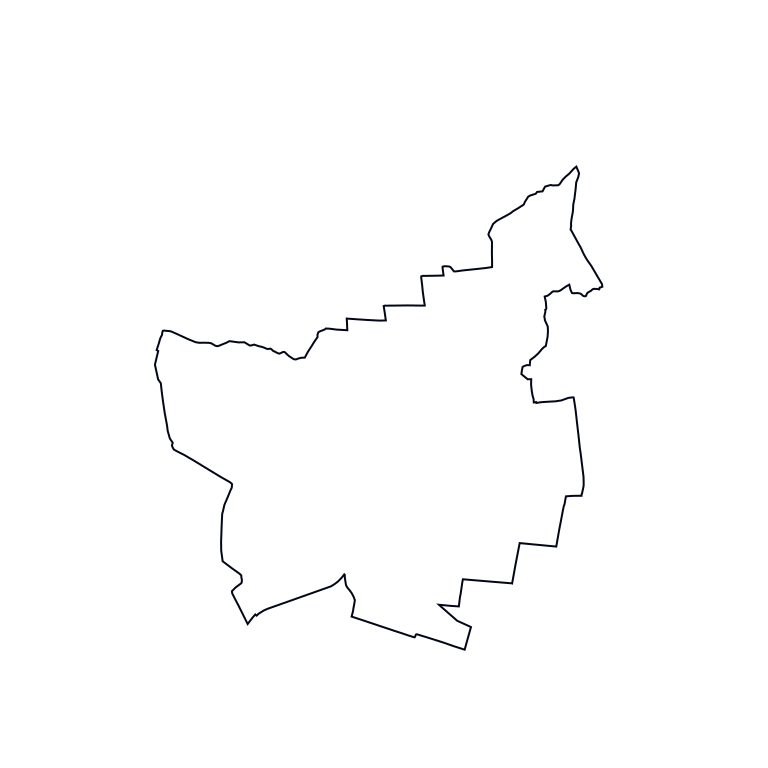 outline of Toboliu, Bihor, Romania, rotated 22°
{"feature_id": "2599482B89514629936161", "entity_name": "Toboliu", "entity_type": "district", "adm_level": 2, "iso_a3": "ROU", "parent_name": "Romania", "parent_adm1": "Bihor", "projection": "natural_earth1", "projection_center": [21.714, 47.047], "detail": "fine", "context": "isolated", "style": "outline", "palette": "ink", "viewbox_px": 768, "rotation_deg": 22, "n_neighbors": 0, "source": "geoboundaries", "source_scale": "gbopen_adm2", "svg_char_len": 5745}
<svg xmlns="http://www.w3.org/2000/svg" viewBox="0 0 768 768"><g transform="rotate(22 384 384)"><path d="M555.7,576.8L552.0,576.6L540.6,576.1L520.4,569.1L517.7,568.1L521.3,567.0L528.4,564.9L536.7,562.2L534.3,553.2L533.5,549.1L531.0,539.0L530.4,535.9L530.3,535.5L557.1,527.2L577.3,520.9L577.5,520.9L573.5,501.7L569.4,480.7L604.6,470.2L602.4,459.8L602.0,458.0L601.6,456.2L601.3,454.7L600.8,452.3L599.8,447.1L598.0,438.0L597.9,437.5L597.2,434.2L596.4,429.5L596.5,428.9L596.4,427.7L595.3,422.6L594.8,420.0L600.5,417.2L604.7,415.4L608.6,413.8L609.0,413.6L608.7,413.1L608.5,412.3L608.7,411.4L608.5,410.8L607.9,407.1L607.2,403.5L605.6,399.5L603.7,395.2L601.6,391.4L592.1,374.3L589.5,369.9L583.9,359.4L579.7,351.7L578.0,348.6L573.9,341.0L571.5,336.6L570.6,335.0L570.0,334.0L569.8,333.6L569.3,332.8L565.1,325.8L564.8,325.4L564.6,325.4L561.5,327.0L559.9,328.0L554.6,332.8L551.0,334.9L549.9,335.6L548.5,336.3L548.0,336.5L542.5,339.1L536.9,341.8L532.3,344.5L531.8,343.8L531.4,344.0L531.0,344.2L531.0,344.3L529.8,345.0L528.2,341.7L526.2,339.3L526.1,339.1L523.5,334.9L520.7,329.7L518.7,324.4L515.6,325.7L515.5,325.8L507.7,323.4L506.6,319.1L506.6,318.8L506.3,317.2L506.1,316.2L507.7,314.4L508.8,313.5L509.2,313.1L511.5,312.1L512.1,312.0L511.8,310.9L510.6,307.1L513.5,302.2L515.6,297.8L517.5,292.0L518.8,289.4L519.8,288.2L518.0,279.0L516.2,273.5L514.3,269.4L509.2,264.5L508.7,263.4L507.3,261.4L507.2,260.3L506.7,257.8L506.7,257.3L506.7,257.0L506.5,256.4L505.7,254.8L506.2,254.3L506.1,252.9L503.3,247.3L500.2,242.7L501.0,242.1L501.8,241.5L502.4,241.0L502.9,240.4L503.1,240.2L503.2,239.9L504.1,238.3L504.9,236.9L505.5,235.5L506.2,234.7L507.1,234.3L510.3,233.1L511.7,232.1L512.8,230.8L514.2,228.5L516.6,224.9L518.6,222.5L521.7,226.9L524.2,229.2L525.7,228.9L527.6,228.0L529.3,227.2L532.0,226.6L533.3,226.8L535.1,227.5L535.6,227.7L536.9,227.6L538.1,227.0L538.3,226.6L538.3,225.7L538.2,224.7L538.4,223.8L538.8,222.8L540.0,221.2L540.7,220.5L541.1,219.8L541.6,218.7L542.3,217.6L543.1,217.1L544.3,216.6L545.9,216.1L548.0,215.7L548.1,215.1L547.8,213.9L548.9,213.0L550.0,212.1L548.8,209.8L531.9,196.8L527.4,193.9L526.0,193.0L523.6,191.2L521.3,189.4L519.1,187.4L517.8,186.2L515.5,184.0L513.4,182.3L511.6,180.9L499.4,170.9L499.2,170.9L498.3,167.6L498.1,166.7L497.7,166.1L497.5,165.8L497.3,165.1L496.5,162.5L496.2,161.2L496.1,160.8L495.9,160.1L495.1,156.1L495.0,155.5L494.8,154.5L494.7,154.4L494.6,154.0L494.5,153.4L493.8,151.1L492.2,146.5L491.9,144.6L491.8,144.4L491.3,141.4L490.1,136.9L488.6,131.3L487.4,127.4L486.7,125.1L486.6,119.2L486.1,116.5L485.9,115.5L480.9,110.4L479.2,113.5L478.1,116.5L477.0,119.5L474.7,123.8L473.1,127.8L472.1,132.5L471.2,134.4L466.0,136.7L464.1,137.0L461.7,138.8L459.4,140.7L458.8,146.0L456.2,147.4L454.0,148.6L453.4,150.8L452.0,151.9L450.6,153.1L449.1,154.3L447.5,156.3L447.1,158.7L446.4,162.5L446.4,165.2L442.5,170.8L439.1,175.2L437.3,178.3L434.4,182.0L429.3,188.1L427.2,190.8L425.2,194.7L424.9,200.6L424.7,202.9L424.7,205.9L425.5,207.1L429.4,210.1L430.8,211.6L432.8,216.6L435.2,222.7L437.9,228.9L440.4,235.1L434.6,238.5L424.5,243.9L414.5,249.2L408.6,252.6L406.7,253.4L402.3,250.9L400.7,250.6L399.6,250.9L396.5,251.9L394.7,252.9L394.4,253.6L395.6,255.8L398.6,261.1L390.3,264.7L379.1,269.4L378.2,270.3L378.7,271.5L382.2,277.8L385.5,284.1L389.0,290.2L392.4,296.0L390.6,296.8L376.7,302.2L368.1,305.8L355.1,311.2L354.5,311.8L358.2,318.0L361.9,324.4L356.1,326.9L344.8,330.8L333.9,334.4L324.9,337.3L326.9,341.4L329.8,347.9L319.7,351.3L312.5,353.2L309.2,354.4L309.0,355.1L308.0,356.3L305.8,358.3L304.4,359.7L303.7,360.8L303.8,362.1L303.9,363.3L304.8,365.4L303.6,370.7L302.6,376.5L301.4,382.5L300.7,389.2L297.2,390.8L294.5,392.9L293.3,394.1L291.8,394.7L290.4,394.7L285.4,393.7L283.2,392.9L280.3,391.7L279.2,391.7L278.4,392.1L276.5,394.2L275.5,395.1L273.8,395.2L270.6,394.9L268.7,394.8L267.3,394.2L266.1,393.8L265.1,393.9L263.2,395.1L261.6,395.3L259.4,395.2L257.0,395.3L253.9,395.8L251.2,396.0L248.8,396.1L246.3,398.1L245.0,398.6L242.7,398.2L239.0,397.6L235.9,398.9L233.6,399.9L228.8,401.1L224.6,402.2L222.3,404.9L216.6,410.4L215.5,411.3L213.4,411.7L210.1,411.2L208.2,411.0L206.0,411.5L203.9,412.3L201.0,413.4L197.3,415.0L193.7,415.8L192.0,415.8L186.2,415.8L177.3,415.4L173.6,415.2L166.5,415.0L162.7,416.1L160.0,416.9L159.0,417.6L159.1,418.8L159.4,420.3L159.8,422.2L159.5,423.8L159.5,425.9L160.0,430.6L160.3,434.7L160.5,437.7L162.3,438.0L163.4,445.5L164.4,452.0L166.9,455.6L172.8,464.3L176.8,466.9L180.2,473.3L185.2,482.2L191.6,493.1L198.6,504.1L201.0,508.5L205.9,514.8L210.1,517.6L210.4,520.4L211.5,521.7L212.8,522.8L214.1,523.6L220.0,524.2L225.3,524.6L229.8,525.3L234.8,526.0L267.6,531.4L278.2,532.8L280.6,533.7L281.7,537.1L281.5,540.0L281.5,546.1L281.4,550.6L281.3,556.0L282.3,561.9L282.6,564.9L285.3,572.7L288.7,582.1L292.1,591.4L295.5,599.5L300.8,608.8L312.3,611.9L321.1,614.0L323.3,614.9L324.2,616.7L325.6,618.8L326.4,621.2L326.2,622.4L322.7,628.1L322.4,628.7L320.8,632.7L320.6,633.1L321.7,635.0L323.3,636.4L329.4,641.7L331.5,643.4L336.0,647.4L347.5,657.6L349.6,650.0L351.0,645.9L352.6,646.5L354.0,643.7L357.5,638.9L360.1,636.2L380.0,618.6L410.7,591.4L413.4,587.6L415.3,584.4L417.2,579.8L418.5,575.4L419.2,575.7L419.9,577.6L421.8,580.9L424.0,584.5L424.8,585.3L426.3,586.5L429.7,588.3L432.4,590.0L436.0,593.1L436.2,593.4L437.3,594.7L437.6,594.8L438.1,595.9L438.7,598.5L439.2,601.0L439.7,603.5L440.4,606.4L441.1,611.8L452.8,611.0L459.6,610.6L462.6,610.4L466.0,610.2L469.3,610.0L477.5,609.5L482.1,609.2L485.7,609.0L488.5,608.8L494.2,608.4L500.9,608.0L504.9,607.7L507.0,607.5L507.3,607.4L507.4,606.9L507.5,606.3L507.4,605.2L507.5,604.4L507.7,604.1L508.1,603.8L508.6,603.7L513.3,603.3L517.7,602.9L534.4,601.6L537.1,601.4L546.6,601.0L549.0,600.8L558.3,600.1L556.7,586.1L556.2,581.5L555.7,576.8Z" fill="none" stroke="#020617" stroke-width="2"/></g></svg>